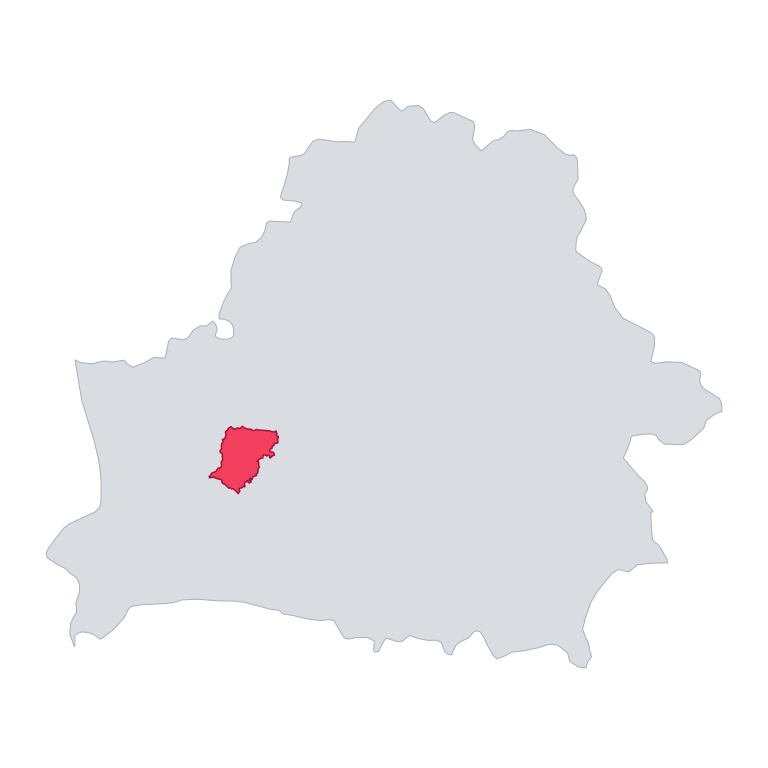 Baranovichy, Brest, Belarus shown in context
{"feature_id": "67162791B97838850570601", "entity_name": "Baranovichy", "entity_type": "district", "adm_level": 2, "iso_a3": "BLR", "parent_name": "Belarus", "parent_adm1": "Brest", "projection": "orthographic", "projection_center": [25.916, 53.118], "detail": "medium", "context": "in_parent", "style": "filled", "palette": "rose", "viewbox_px": 768, "rotation_deg": 0, "n_neighbors": 0, "source": "geoboundaries", "source_scale": "gbopen_adm2", "svg_char_len": 5559}
<svg xmlns="http://www.w3.org/2000/svg" viewBox="0 0 768 768"><path d="M667.7,562.8L654.0,563.1L637.6,564.7L628.8,571.9L618.5,569.5L611.7,573.6L596.5,592.5L590.8,602.5L585.6,617.7L582.6,628.8L585.1,636.3L588.6,643.2L589.8,650.8L591.7,656.7L587.9,661.4L585.9,667.8L578.8,667.2L569.9,661.7L567.6,653.1L560.7,647.4L556.2,644.5L549.0,644.4L537.8,647.9L523.0,650.9L511.8,652.1L505.8,655.5L496.9,658.9L493.2,655.5L487.8,645.8L483.2,636.2L480.2,632.0L477.7,630.9L474.6,631.2L471.3,634.5L468.8,637.8L459.6,642.0L455.6,645.7L451.4,654.9L448.3,654.4L445.1,652.4L441.2,642.4L436.2,640.2L428.3,640.4L418.5,638.6L410.5,635.7L407.6,636.6L403.0,641.0L397.9,641.8L386.7,638.3L384.5,640.1L378.4,651.5L375.4,652.1L373.6,650.7L374.3,641.0L367.8,637.7L356.8,637.4L349.2,639.0L345.4,638.6L343.4,636.8L333.8,620.6L328.8,619.6L319.9,620.6L306.8,618.8L291.7,615.2L283.4,614.0L279.0,610.3L269.7,609.1L244.8,602.3L234.6,601.1L219.6,600.9L196.8,599.2L182.2,599.9L175.4,602.1L167.6,603.4L140.5,604.9L130.7,606.5L127.9,609.9L124.5,617.3L113.0,630.0L101.9,638.4L99.9,639.1L93.6,634.3L88.4,632.6L82.2,631.9L77.7,633.3L74.8,635.3L74.9,645.4L74.3,646.3L69.8,634.2L70.6,623.4L73.4,617.3L76.8,611.9L75.8,603.6L79.3,592.6L79.6,584.7L78.4,581.2L75.9,577.2L69.0,572.5L66.1,569.0L56.7,564.1L47.5,558.0L46.1,554.4L46.6,552.0L48.4,548.4L55.9,538.0L64.0,527.9L69.1,523.9L95.7,511.5L99.9,506.9L101.1,499.1L101.1,483.2L100.0,468.6L98.3,458.6L93.9,439.7L81.7,400.5L75.1,360.0L80.1,362.5L92.3,363.8L102.0,361.3L107.0,361.1L111.4,362.1L124.2,360.2L127.3,363.9L132.9,367.2L144.1,362.8L154.1,357.3L164.3,358.1L165.9,355.4L168.6,341.1L171.7,338.1L183.9,339.7L188.4,337.2L193.2,330.2L200.5,325.9L206.5,326.0L212.7,321.1L215.8,324.4L217.2,330.3L215.2,335.0L216.0,336.8L220.4,339.2L227.8,339.2L232.6,337.2L233.7,334.5L233.7,329.6L232.5,325.1L229.4,321.1L223.5,319.1L219.4,319.0L218.7,316.5L220.1,311.2L223.8,301.3L228.3,292.5L231.0,289.1L231.5,286.0L231.0,280.6L230.9,271.0L234.9,257.3L240.2,247.2L247.4,243.9L256.1,242.1L261.7,237.2L264.4,231.7L266.7,222.9L269.5,221.1L290.4,222.1L293.5,213.3L295.2,210.8L299.2,208.2L302.0,205.1L300.9,202.7L295.6,201.2L283.0,200.0L280.5,197.1L281.3,193.6L284.5,184.6L287.6,172.9L289.1,163.9L289.2,158.6L291.0,157.2L301.1,155.4L304.4,153.5L312.9,141.2L319.5,139.0L336.6,141.9L344.4,141.5L354.4,142.1L355.2,140.8L358.4,128.7L374.7,108.8L383.4,101.8L389.0,100.2L391.0,100.5L400.3,110.4L402.4,110.8L408.2,106.3L418.6,105.5L423.5,108.9L430.9,121.2L434.5,122.6L444.3,115.1L449.7,112.6L453.4,112.5L472.9,121.3L474.4,124.4L474.7,128.0L472.3,139.6L476.6,146.4L481.5,150.9L490.9,142.6L494.4,140.2L498.3,139.9L503.5,136.7L507.0,132.1L510.6,130.4L517.7,131.0L530.2,129.2L545.4,135.2L546.8,137.3L554.7,144.8L557.6,148.7L560.1,149.8L564.3,153.5L569.8,155.6L573.4,154.6L575.2,155.8L577.1,158.7L577.6,164.0L578.1,179.1L573.4,187.4L572.9,190.2L573.4,193.5L578.0,199.7L584.2,209.4L585.9,215.2L586.3,219.6L579.7,233.1L577.4,236.3L576.1,242.7L575.7,249.3L576.4,251.9L589.7,261.3L599.5,266.3L601.8,268.8L602.1,270.5L597.9,281.9L597.6,284.9L605.5,289.0L610.2,295.9L614.8,307.4L622.8,318.1L650.9,332.5L653.5,335.2L654.6,338.7L654.4,346.5L650.7,361.6L655.5,363.4L667.3,361.8L681.9,362.4L700.2,371.2L700.7,375.9L699.3,380.3L700.9,384.6L703.2,388.3L719.3,398.5L721.1,401.7L721.9,407.3L721.9,411.5L717.8,412.8L713.3,415.2L706.1,420.8L703.8,428.1L692.3,438.9L685.0,444.0L678.9,444.7L664.2,444.0L658.7,439.6L656.3,435.4L650.5,433.8L643.1,434.3L632.9,435.8L631.0,437.3L629.7,442.8L626.0,452.4L623.3,457.8L637.7,475.0L644.9,482.0L647.3,486.5L647.5,489.7L644.7,493.8L645.8,501.5L653.0,511.3L650.9,513.0L651.3,525.6L652.4,539.0L654.4,542.1L658.1,544.5L661.4,549.2L667.2,559.9L667.7,562.8Z" fill="#d9dde1" stroke="#a8b0b8" stroke-width="1"/><path d="M247.7,429.1L244.5,428.0L242.5,426.3L239.8,428.6L237.9,427.8L235.0,429.2L232.3,428.2L231.6,426.9L230.5,426.9L228.1,428.7L227.4,430.3L225.7,431.5L225.5,432.5L226.1,435.3L225.2,437.1L225.2,438.5L222.6,439.5L222.4,439.9L223.2,441.0L223.1,441.6L221.6,444.0L221.4,445.9L221.6,448.6L220.2,450.5L220.0,451.3L220.3,452.3L222.3,453.8L222.5,454.6L222.2,456.6L222.6,457.7L222.6,460.0L221.8,460.8L221.2,462.3L221.5,465.8L221.1,466.9L220.4,467.7L218.0,468.2L216.4,470.9L215.5,471.7L213.3,472.4L211.3,473.5L210.7,475.4L209.3,476.2L209.4,477.7L211.8,477.5L213.9,476.9L215.0,477.9L221.3,479.8L222.1,480.4L221.7,481.7L222.6,483.4L224.7,484.2L228.9,488.1L230.4,487.9L231.5,488.9L233.1,488.7L236.9,492.0L238.1,493.6L239.8,491.3L239.9,490.8L239.3,489.9L239.1,488.8L239.3,488.4L241.8,487.8L242.9,486.6L243.6,486.3L244.5,486.9L244.9,486.6L244.5,483.3L244.9,482.2L246.1,481.8L246.8,480.8L247.3,480.6L247.9,480.9L248.0,482.2L248.5,482.7L249.2,482.9L250.3,482.5L251.1,481.9L251.1,481.1L249.6,480.1L249.3,479.6L249.5,479.0L250.3,478.4L250.6,478.5L251.3,479.5L251.9,479.4L252.4,478.9L252.7,477.4L253.7,476.3L255.6,475.9L256.5,475.4L256.1,474.3L257.8,472.7L258.2,468.8L258.5,467.9L259.3,467.4L259.3,467.0L258.6,465.6L258.7,465.0L258.7,462.6L258.4,462.0L257.1,461.4L258.6,460.2L258.9,459.1L262.9,457.8L263.0,456.0L263.7,454.8L264.6,454.8L266.7,455.9L267.9,455.3L268.9,455.4L269.5,456.2L269.5,457.1L269.9,457.9L270.6,457.8L271.8,456.3L274.5,455.1L273.8,453.0L273.1,452.2L270.2,451.6L269.7,450.8L269.6,450.0L269.8,449.4L271.9,448.4L272.2,447.7L272.0,446.5L272.5,446.0L273.9,445.6L274.1,443.5L277.1,443.2L277.9,442.4L277.7,438.7L278.3,437.6L278.3,436.5L276.6,435.7L276.4,435.3L276.9,433.7L276.0,431.1L274.1,431.9L271.7,431.8L270.8,431.2L269.3,430.8L258.1,430.0L256.4,429.4L254.8,430.4L253.6,430.5L252.3,430.4L250.8,429.1L247.7,429.1Z" fill="#f43f5e" stroke="#9f1239" stroke-width="1.5"/></svg>